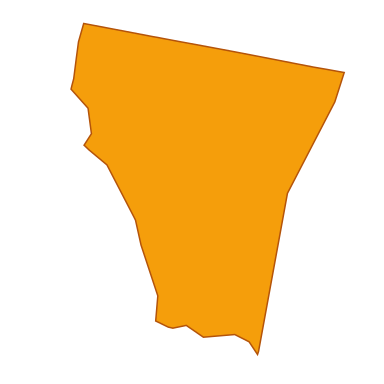 Cleveland, North Carolina, United States of America (Robinson projection), rotated 188°
{"feature_id": "52423323B32747612056401", "entity_name": "Cleveland", "entity_type": "district", "adm_level": 2, "iso_a3": "USA", "parent_name": "United States of America", "parent_adm1": "North Carolina", "projection": "robinson", "projection_center": [-81.506, 35.374], "detail": "fine", "context": "isolated", "style": "filled", "palette": "amber", "viewbox_px": 384, "rotation_deg": 188, "n_neighbors": 0, "source": "geoboundaries", "source_scale": "gbopen_adm2", "svg_char_len": 660}
<svg xmlns="http://www.w3.org/2000/svg" viewBox="0 0 384 384"><g transform="rotate(188 192 192)"><path d="M245.9,159.0L244.0,156.2L235.1,132.4L211.4,84.4L210.0,59.2L196.7,54.9L192.0,54.5L179.1,59.1L160.5,49.8L129.8,56.8L114.6,51.6L104.5,40.2L103.9,43.5L97.3,204.0L63.1,301.1L57.9,331.5L75.8,332.2L89.1,332.6L110.5,333.7L131.0,334.8L150.1,335.8L170.1,336.8L192.1,337.8L222.7,339.1L223.2,339.1L242.5,340.0L247.9,340.3L252.0,340.4L299.5,342.7L322.7,343.8L325.3,324.9L325.2,311.4L325.2,309.8L324.9,287.7L325.7,281.1L326.1,277.0L306.6,260.5L299.7,235.7L305.4,223.3L299.8,219.3L280.0,207.0L245.9,159.0Z" fill="#f59e0b" stroke="#b45309" stroke-width="1.5"/></g></svg>